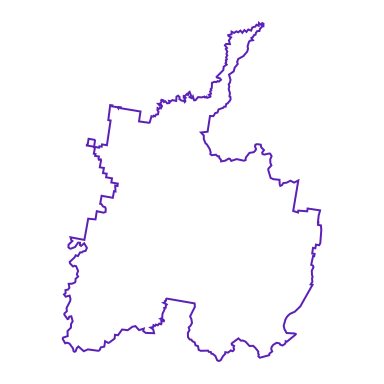 Blue Mountains, New South Wales, Australia
{"feature_id": "25037944B17662775697590", "entity_name": "Blue Mountains", "entity_type": "district", "adm_level": 2, "iso_a3": "AUS", "parent_name": "Australia", "parent_adm1": "New South Wales", "projection": "mercator", "projection_center": [150.399, -33.632], "detail": "fine", "context": "isolated", "style": "outline", "palette": "violet", "viewbox_px": 384, "rotation_deg": 0, "n_neighbors": 0, "source": "geoboundaries", "source_scale": "gbopen_adm2", "svg_char_len": 5922}
<svg xmlns="http://www.w3.org/2000/svg" viewBox="0 0 384 384"><path d="M320.9,225.4L318.0,224.9L318.4,222.6L317.9,222.6L318.7,215.4L320.1,210.4L307.6,208.5L307.2,211.3L298.3,210.6L298.0,212.5L293.2,211.0L298.3,180.5L294.1,182.6L290.4,180.7L286.6,182.7L283.4,183.0L281.8,185.3L280.3,185.9L279.7,184.3L279.5,179.8L273.4,179.2L270.6,177.9L268.2,169.8L268.4,168.6L271.4,165.4L270.4,163.1L270.2,159.4L271.6,156.2L270.2,153.7L269.3,153.5L264.2,154.6L262.5,154.0L262.2,152.5L264.0,150.1L261.2,147.3L260.8,144.7L257.2,144.1L255.4,144.7L255.0,146.6L256.1,149.1L255.3,150.6L253.7,152.2L249.4,152.9L245.8,157.6L245.6,160.1L243.9,160.7L236.6,159.1L231.2,160.9L230.0,158.9L228.7,158.6L225.2,160.7L221.1,161.4L220.8,159.5L219.5,158.3L219.1,156.3L217.6,156.3L215.9,154.7L211.7,155.2L210.3,154.1L210.7,152.5L209.8,149.2L206.9,144.4L205.5,143.3L203.8,139.0L203.8,135.5L201.0,132.5L207.6,131.7L210.0,116.0L213.4,116.1L215.3,113.0L217.4,112.6L218.6,109.4L223.2,107.8L224.1,106.7L225.6,106.7L226.3,103.9L227.5,103.5L230.0,100.5L230.6,99.1L230.4,96.9L229.5,96.5L229.9,92.9L228.7,89.2L229.3,86.6L228.7,84.2L229.9,82.7L230.5,79.8L229.0,74.6L233.7,71.4L234.7,67.6L237.8,63.9L237.1,62.1L238.2,59.0L243.4,56.1L247.2,51.6L248.0,48.9L247.6,46.2L249.0,41.7L250.2,40.6L252.9,40.2L251.4,38.0L253.1,36.9L253.9,35.2L255.5,34.7L255.9,32.9L257.2,31.1L259.4,31.0L260.0,28.8L262.3,26.3L263.4,26.3L263.5,23.8L262.3,23.1L261.2,24.9L258.9,23.0L258.7,25.8L256.5,24.8L255.3,26.6L252.3,27.5L251.1,30.6L248.3,29.5L246.5,31.9L244.4,30.1L242.3,32.8L240.4,30.6L238.2,32.3L236.4,31.4L234.1,32.9L231.6,31.7L231.6,34.2L228.2,35.2L228.4,35.9L231.1,37.3L228.9,40.4L229.9,44.1L226.2,43.9L224.9,45.3L227.0,48.0L225.8,49.0L227.3,51.4L226.4,54.1L227.3,55.3L226.1,57.4L226.9,59.4L225.8,60.2L226.3,61.8L225.5,63.2L226.7,64.6L223.7,66.7L223.3,70.1L216.6,76.9L217.1,77.6L219.9,78.3L221.0,79.8L218.9,81.6L217.6,81.1L216.4,82.1L214.4,81.8L212.0,82.8L211.8,88.0L210.7,89.1L211.3,90.2L210.1,91.5L211.0,93.7L208.9,94.8L210.5,96.2L210.0,97.0L207.1,97.8L206.4,96.7L205.1,97.5L204.4,96.6L201.9,97.4L198.1,97.1L195.5,100.2L194.1,100.3L192.9,96.4L191.8,98.2L189.7,97.2L191.0,95.5L189.6,91.9L188.4,92.8L188.0,94.9L186.8,94.1L185.1,96.0L183.8,95.9L183.7,97.6L185.5,98.0L184.6,99.2L185.4,101.1L184.7,102.1L183.8,100.9L181.6,100.6L179.4,99.1L179.6,97.1L178.1,95.7L176.5,96.6L176.2,100.9L172.4,100.1L170.8,101.2L169.1,100.9L169.7,102.6L169.2,103.1L167.1,103.3L165.4,101.3L164.0,102.0L163.6,100.4L161.5,99.8L161.2,100.6L161.9,101.2L160.8,102.8L159.6,103.9L158.2,103.9L159.6,105.5L161.3,104.9L162.0,106.1L160.9,108.3L160.1,107.6L158.9,108.9L157.6,108.1L157.4,110.1L158.5,111.7L158.0,114.3L156.1,114.6L155.0,116.3L153.8,115.7L153.1,116.6L151.5,116.2L149.7,122.5L149.0,122.8L139.0,121.4L140.5,111.5L120.6,108.2L120.8,107.3L118.5,107.0L118.3,108.3L117.4,107.2L112.2,106.4L112.4,105.4L110.2,105.1L108.3,120.1L110.6,120.5L106.9,145.2L102.0,144.4L101.6,146.7L99.4,146.3L99.0,147.7L94.1,146.7L95.0,140.5L94.5,139.8L88.6,138.8L87.6,144.9L86.9,144.8L86.8,145.5L93.4,146.6L94.8,148.6L93.8,153.7L95.5,154.0L95.1,155.9L98.9,156.5L98.5,158.8L99.0,159.8L100.7,159.3L101.1,160.1L99.8,167.3L103.9,168.0L103.0,173.1L106.7,173.7L106.1,177.3L112.0,178.3L111.3,182.5L117.8,183.6L117.5,186.0L115.2,185.6L115.5,191.5L114.0,191.2L112.8,197.8L101.6,195.8L100.2,203.8L101.2,203.9L103.2,206.6L104.9,207.0L105.7,208.3L105.6,211.9L103.6,212.7L96.8,211.2L95.5,219.4L88.2,218.7L84.4,239.9L70.5,237.3L71.3,240.1L72.4,241.0L68.6,244.6L68.4,247.1L69.5,248.4L70.8,248.7L75.1,247.0L78.1,242.6L80.0,242.8L79.9,245.1L81.1,245.9L84.2,243.3L86.9,247.9L85.6,250.9L83.1,251.4L82.0,252.4L80.1,252.4L77.9,256.1L75.7,255.3L74.4,257.6L69.7,261.9L70.0,263.4L73.0,266.5L74.5,265.8L76.1,266.2L78.1,271.0L76.8,274.3L78.1,276.5L75.6,278.8L75.4,281.8L74.7,282.6L72.0,283.7L68.7,283.8L69.4,287.8L68.0,289.6L65.5,290.1L65.6,293.2L64.0,294.4L65.7,296.7L69.6,295.6L70.5,299.1L70.1,301.2L66.6,307.9L66.8,311.3L64.4,313.5L64.3,314.6L67.5,319.1L68.4,318.9L69.2,316.7L71.3,316.3L72.7,321.3L71.1,323.8L70.9,327.7L67.5,331.1L67.7,336.1L63.1,337.6L62.7,338.9L65.2,343.3L67.0,342.7L69.5,343.6L73.0,348.4L73.6,351.2L74.6,351.8L75.6,351.3L76.8,348.1L78.4,346.5L83.8,351.2L87.9,349.4L98.2,350.8L99.5,350.3L100.8,347.4L104.3,346.6L105.1,341.2L108.2,342.9L109.2,342.6L114.6,338.6L115.0,334.8L118.0,335.2L122.1,329.5L127.7,330.2L132.3,326.8L135.4,326.1L139.1,330.1L143.8,328.6L143.2,331.0L145.7,332.9L154.1,333.2L153.2,329.3L150.6,327.6L153.1,327.0L153.5,325.2L154.9,326.0L155.9,324.6L157.8,325.3L159.2,323.6L161.0,324.3L161.5,323.7L161.3,320.9L163.8,321.3L164.0,320.4L163.2,319.6L160.6,318.7L162.2,317.9L162.5,313.7L164.6,309.4L164.2,308.0L165.7,307.7L165.8,305.7L166.8,304.5L163.6,302.8L164.9,302.4L164.9,301.1L165.9,300.8L166.2,298.9L166.9,298.6L194.6,303.4L194.9,306.8L190.1,316.4L191.4,319.2L192.0,323.0L190.5,325.8L188.7,327.4L189.5,330.1L187.9,332.9L188.0,337.1L189.6,339.4L191.4,339.7L192.4,341.2L194.7,342.4L195.5,345.3L198.0,346.1L198.7,349.9L200.7,350.8L208.1,350.6L208.7,351.8L210.9,352.1L211.4,353.7L212.8,353.9L215.4,356.0L217.2,360.3L218.8,361.0L220.7,360.2L222.9,356.3L225.1,353.9L225.3,352.2L228.0,352.6L230.9,350.4L232.4,351.2L233.3,350.8L234.1,349.3L233.5,347.3L234.1,345.9L231.8,344.7L231.7,343.4L238.4,338.4L241.0,340.7L242.6,340.5L245.5,341.6L249.5,346.0L253.1,345.8L255.2,347.7L258.3,351.6L258.1,353.5L258.8,354.5L258.4,356.3L259.9,357.7L269.2,355.2L269.5,353.5L272.2,351.5L271.2,349.0L271.7,346.9L273.3,344.8L276.6,342.8L279.6,343.4L280.2,344.7L282.5,345.5L284.7,344.1L285.7,342.6L285.7,341.2L287.0,341.6L295.6,334.6L295.8,334.0L294.7,333.5L286.6,333.0L284.4,329.0L283.7,325.8L285.4,319.6L287.1,316.6L289.9,313.9L294.8,311.7L300.3,306.4L312.5,284.8L310.7,284.4L312.4,281.8L312.0,278.6L312.6,276.7L312.0,275.0L311.8,270.8L313.5,267.1L312.9,265.6L311.2,264.8L313.1,256.0L314.2,256.2L314.6,253.9L312.2,253.5L313.0,247.9L315.3,248.3L316.0,244.6L319.2,245.2L320.3,243.1L321.3,230.0L320.9,225.4Z" fill="none" stroke="#5b21b6" stroke-width="2"/></svg>